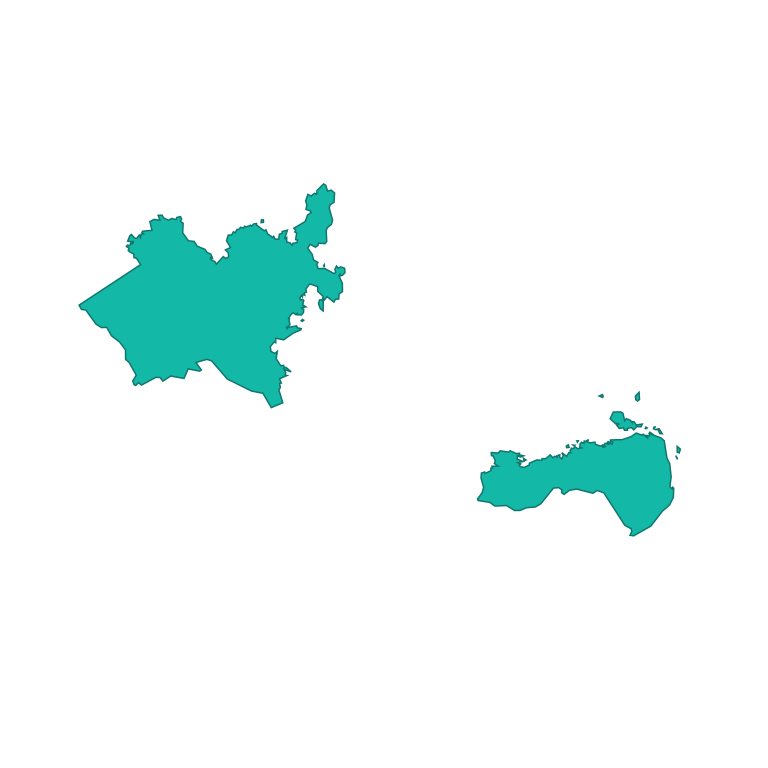 outline of Zamboanga del Sur, Zamboanga del Sur, Philippines, rotated 237°
{"feature_id": "2640588B82692599034098", "entity_name": "Zamboanga del Sur", "entity_type": "district", "adm_level": 2, "iso_a3": "PHL", "parent_name": "Philippines", "parent_adm1": "Zamboanga del Sur", "projection": "orthographic", "projection_center": [122.897, 7.565], "detail": "fine", "context": "isolated", "style": "filled", "palette": "teal", "viewbox_px": 768, "rotation_deg": 237, "n_neighbors": 0, "source": "geoboundaries", "source_scale": "gbopen_adm2", "svg_char_len": 6177}
<svg xmlns="http://www.w3.org/2000/svg" viewBox="0 0 768 768"><g transform="rotate(237 384 384)"><path d="M643.6,264.9L643.0,263.5L641.0,264.0L642.0,261.8L639.4,259.6L642.2,259.8L640.8,256.1L642.0,254.4L647.7,253.5L646.3,253.2L646.9,251.8L643.4,246.8L640.0,250.4L641.0,251.6L638.9,250.6L638.7,249.0L640.4,248.9L638.6,246.1L640.2,244.5L639.7,242.8L636.8,244.2L635.5,242.3L633.6,242.6L629.0,244.9L626.1,243.1L624.3,244.9L616.7,244.9L616.2,171.2L611.3,170.9L608.5,174.2L591.0,175.1L585.2,177.8L582.5,182.3L572.8,181.7L563.2,185.1L553.4,185.8L545.4,180.7L540.9,182.0L526.3,181.0L523.4,174.9L519.6,174.0L518.0,175.0L518.8,178.9L515.2,180.0L513.8,196.5L511.3,199.7L506.9,200.1L506.8,209.5L497.6,219.3L503.3,228.0L495.2,236.4L495.2,238.5L504.5,237.9L501.1,248.9L497.4,252.0L473.5,255.3L450.3,269.0L442.1,277.4L425.6,276.6L423.4,288.9L436.3,292.6L437.6,295.2L441.3,296.7L440.7,298.4L445.3,299.2L444.0,307.2L445.1,305.9L447.1,307.8L450.8,308.1L444.7,312.7L451.3,310.9L451.9,309.1L454.3,310.0L455.6,307.3L464.0,307.4L469.5,312.3L469.0,309.2L473.0,307.0L477.3,309.0L479.1,314.8L477.6,315.7L481.4,318.1L475.7,323.9L476.1,335.7L474.7,343.9L475.5,344.7L478.5,341.8L480.3,342.4L483.7,334.6L483.2,332.7L484.5,332.9L484.9,337.4L490.5,339.7L490.0,340.7L491.1,339.8L492.9,343.8L493.2,347.0L490.5,347.6L490.4,349.5L489.5,348.7L486.8,352.4L487.8,355.4L490.4,357.4L492.6,356.0L493.0,356.3L491.2,360.5L494.6,358.9L497.8,362.2L499.7,361.6L499.4,360.1L501.8,360.0L503.3,362.9L501.6,363.0L503.2,364.9L501.6,365.9L503.7,366.7L503.3,369.0L506.3,370.2L508.4,376.2L501.7,381.5L497.8,378.9L490.5,380.7L488.3,378.2L489.6,375.7L487.0,372.8L481.8,371.6L478.4,372.8L488.7,379.5L486.9,379.5L488.2,383.8L480.0,386.6L481.5,389.5L479.9,392.3L484.1,395.4L484.1,399.5L491.1,403.9L499.5,405.2L499.9,406.8L498.6,406.0L497.8,408.4L498.6,411.9L502.5,414.0L505.8,411.5L506.1,408.7L508.8,408.4L506.9,405.2L504.0,404.4L503.7,402.3L513.2,397.2L516.6,391.6L520.7,392.7L522.0,394.8L526.3,392.5L531.9,394.4L539.4,394.0L541.5,398.0L536.1,401.0L536.1,404.0L537.8,405.6L533.9,411.0L534.7,413.6L543.9,418.9L546.0,421.5L546.5,426.8L549.4,430.1L561.5,433.9L563.7,436.6L563.6,441.0L571.1,446.6L575.4,445.3L576.4,441.7L582.4,443.4L584.7,442.3L582.8,433.2L579.8,430.9L581.8,429.5L581.4,425.3L584.5,423.4L580.2,418.0L576.1,416.8L572.9,413.6L569.6,416.3L567.5,416.3L567.4,412.0L563.2,406.5L563.7,393.2L560.9,393.7L560.1,392.0L558.2,393.0L553.2,388.5L551.8,389.9L550.0,388.1L551.6,384.3L550.5,382.5L553.8,382.0L555.9,379.7L559.8,382.1L559.4,380.8L560.2,380.0L565.6,386.8L567.4,381.7L565.8,380.6L566.6,377.8L562.9,374.6L564.5,371.7L567.9,371.9L567.3,370.7L573.4,368.1L577.6,369.0L577.6,367.4L579.8,366.2L586.7,363.7L588.0,364.5L589.2,362.0L588.4,358.8L589.8,358.7L590.7,354.1L592.3,353.0L591.3,351.2L593.6,348.9L592.6,346.5L593.7,344.8L591.8,341.7L593.7,340.6L592.0,337.5L593.7,334.5L590.0,330.0L582.0,329.5L582.8,324.0L579.0,324.9L575.1,322.9L575.6,319.5L578.4,318.6L575.8,308.7L578.7,308.8L583.1,306.3L583.4,308.1L584.5,307.8L584.3,308.9L583.3,308.4L583.0,308.6L587.2,309.5L590.6,307.3L594.4,307.2L601.3,302.4L607.0,302.4L610.6,298.0L620.4,297.5L628.2,303.1L631.2,301.9L632.7,304.2L635.3,304.5L636.5,301.0L635.2,299.1L638.4,296.2L638.8,292.4L643.3,289.7L646.5,289.8L648.5,286.4L643.3,285.4L647.3,280.7L647.7,276.1L639.2,273.1L643.6,264.9ZM123.2,507.9L120.7,510.6L119.5,530.5L125.7,548.1L127.0,557.6L131.4,565.0L138.8,570.2L140.2,569.8L139.1,568.4L142.2,567.9L149.8,574.3L161.5,580.2L167.9,581.0L183.8,588.1L188.0,586.9L197.7,579.7L196.0,578.3L197.9,576.0L196.5,576.5L195.6,576.1L195.1,575.7L200.7,574.0L201.0,572.1L205.5,568.8L205.3,562.5L207.6,553.5L213.7,543.5L212.6,542.6L210.6,544.2L209.3,542.5L213.7,540.6L213.2,539.2L211.7,540.3L210.9,539.8L213.8,537.1L212.9,534.9L211.1,535.5L211.6,533.2L213.8,534.0L213.7,532.2L218.1,528.5L220.3,529.3L222.3,525.0L227.1,520.9L225.3,519.4L227.6,518.0L227.0,515.9L224.3,513.7L222.9,514.8L224.1,511.4L227.3,509.9L226.6,507.6L228.1,506.3L226.6,503.6L224.6,503.3L225.8,501.7L223.8,497.8L229.6,495.8L226.3,495.4L224.3,492.3L227.1,491.5L228.9,492.9L229.6,489.8L228.4,489.4L230.4,487.7L230.1,485.5L234.0,484.8L233.3,478.8L235.4,475.9L234.0,474.8L237.1,470.8L238.4,462.8L237.0,461.7L237.6,456.3L240.4,453.3L242.4,453.3L242.5,455.1L245.2,453.3L243.3,458.3L248.6,454.8L251.1,457.0L248.3,458.7L247.7,462.0L251.0,458.9L252.1,459.9L253.7,457.0L259.3,453.4L259.1,451.3L264.7,445.0L263.8,442.3L268.1,436.6L265.4,435.1L264.1,436.4L258.7,435.4L257.2,433.3L253.0,434.9L256.2,429.8L254.6,429.5L255.2,427.9L253.1,426.3L253.9,420.1L255.4,420.5L256.3,417.2L252.4,414.2L243.1,411.3L239.3,407.0L236.6,399.7L235.0,399.5L227.0,408.3L221.3,410.5L215.3,420.6L206.8,424.6L203.9,429.2L202.6,436.2L198.4,444.0L198.1,450.2L204.4,469.4L201.9,474.1L198.4,475.6L196.1,473.7L193.3,475.0L193.9,481.5L191.0,488.3L178.6,499.7L178.6,504.8L173.0,509.1L134.4,509.0L128.0,512.4L125.5,511.6L123.2,507.9ZM231.7,554.7L223.3,556.9L224.2,557.6L222.4,559.3L222.1,556.8L218.6,557.1L216.9,561.0L214.2,560.5L212.6,563.0L214.2,563.7L212.8,567.7L209.5,568.5L210.6,572.9L208.1,576.2L209.7,578.8L212.3,573.3L216.0,573.2L217.3,571.7L216.3,570.9L219.3,570.9L222.9,568.4L222.2,565.8L229.2,568.5L231.7,567.3L235.6,561.0L231.7,554.7ZM233.8,586.6L231.6,587.4L231.9,589.9L238.1,593.4L237.0,588.3L233.8,586.6ZM167.1,592.8L165.4,594.0L167.9,597.1L172.0,595.9L167.1,592.8ZM197.8,587.5L195.7,589.1L192.3,588.2L190.7,590.3L196.7,590.3L197.8,587.5ZM586.3,368.8L585.2,371.0L587.4,372.3L588.4,370.6L586.3,368.8ZM232.6,503.0L231.1,502.5L230.0,504.8L232.7,505.4L232.6,503.0ZM256.7,557.9L253.7,559.9L254.1,561.0L256.2,561.5L256.7,557.9ZM245.7,460.5L243.3,459.7L242.9,461.7L245.7,460.5ZM482.2,349.0L481.0,349.5L481.2,351.4L482.5,350.8L482.2,349.0ZM231.3,514.7L229.8,514.5L230.6,516.0L231.3,514.7ZM516.2,397.8L514.5,397.6L516.6,398.8L516.2,397.8ZM165.1,589.6L160.9,589.1L162.2,589.6L165.1,589.6ZM226.1,523.0L225.2,523.6L225.7,524.8L226.1,524.6L226.1,523.0ZM229.8,509.3L228.4,509.7L228.6,510.8L229.8,509.3ZM205.2,580.2L204.4,578.9L204.1,579.1L203.9,580.0L203.7,580.0L203.8,580.8L205.2,580.2ZM198.8,580.7L198.3,579.6L196.8,581.5L198.8,580.7ZM199.7,585.6L198.8,586.2L200.0,586.2L200.2,588.6L200.8,586.9L199.7,585.6Z" fill="#14b8a6" stroke="#0f766e" stroke-width="1.5"/></g></svg>